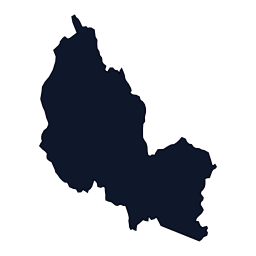 Bentong, Pahang, Malaysia (Equal Earth projection)
{"feature_id": "92858781B95587260702445", "entity_name": "Bentong", "entity_type": "district", "adm_level": 2, "iso_a3": "MYS", "parent_name": "Malaysia", "parent_adm1": "Pahang", "projection": "equal_earth", "projection_center": [102.033, 3.418], "detail": "fine", "context": "isolated", "style": "filled", "palette": "ink", "viewbox_px": 256, "rotation_deg": 0, "n_neighbors": 0, "source": "geoboundaries", "source_scale": "gbopen_adm2", "svg_char_len": 2957}
<svg xmlns="http://www.w3.org/2000/svg" viewBox="0 0 256 256"><path d="M39.9,145.9L43.3,149.3L44.4,150.0L46.0,151.4L47.7,153.6L47.2,156.2L47.4,158.3L48.4,159.5L50.0,160.6L52.1,161.8L52.8,163.7L54.0,166.3L55.4,169.4L56.0,172.0L58.2,174.6L60.2,177.6L63.0,180.5L65.1,181.9L67.4,181.9L68.6,184.0L69.1,185.2L69.8,186.6L73.7,188.3L75.1,188.3L76.7,189.0L78.2,191.8L80.9,191.6L82.8,189.2L85.1,190.4L87.4,192.0L87.9,190.1L90.2,188.3L91.6,186.1L92.5,183.3L93.5,179.8L95.4,180.2L97.5,182.8L98.1,186.4L100.9,187.1L103.3,185.9L105.4,187.3L105.6,191.3L106.1,194.6L106.0,197.5L106.1,199.8L108.9,201.0L111.4,201.5L113.3,202.9L115.6,204.8L117.5,205.2L119.5,204.3L121.0,204.1L123.3,205.2L125.8,205.2L127.7,210.7L128.8,214.2L129.6,218.0L129.1,220.8L129.6,224.1L129.8,227.0L130.9,229.1L133.2,228.1L134.2,229.5L135.8,230.0L136.0,227.4L136.5,224.6L138.4,223.4L141.0,221.1L143.0,219.2L145.6,220.3L147.7,220.6L147.9,218.7L147.9,216.6L149.8,217.0L151.4,219.2L154.0,218.5L156.0,216.8L157.4,218.0L159.3,221.5L161.2,225.3L199.3,240.6L201.4,239.0L203.2,236.6L206.5,235.2L207.2,232.9L205.8,230.3L207.2,228.1L206.5,226.7L202.1,227.9L199.8,225.8L198.9,223.6L198.2,221.8L195.3,221.8L195.6,219.4L196.5,217.5L198.1,215.9L201.2,213.0L203.0,210.0L202.1,208.1L200.0,204.8L200.5,201.9L202.5,199.8L203.0,197.7L201.7,196.0L200.2,193.9L200.7,191.3L202.6,189.4L204.2,186.8L204.7,184.0L204.7,180.7L204.6,178.6L206.8,177.6L209.3,177.4L210.3,174.6L211.6,171.0L213.0,169.1L214.9,168.2L216.1,166.8L214.9,164.7L213.3,166.1L211.9,165.6L211.2,163.2L210.3,159.9L209.6,157.8L208.1,152.9L204.0,150.7L201.7,150.3L199.1,148.9L195.4,148.6L193.0,147.2L191.4,144.8L188.9,144.4L186.7,142.5L185.1,139.2L181.9,137.8L179.1,141.1L176.7,143.2L174.2,144.8L171.4,145.1L168.6,146.5L166.0,148.1L163.7,149.6L161.2,149.8L158.2,149.8L156.1,152.9L155.1,155.5L152.1,155.2L150.3,156.6L147.7,155.5L147.0,151.9L146.7,146.7L145.8,143.4L144.0,140.8L142.4,137.8L142.3,134.0L142.3,128.6L142.6,123.8L144.4,121.3L144.2,117.0L145.3,112.1L145.3,108.5L144.2,104.5L142.4,101.9L140.0,100.3L139.1,97.0L136.1,95.5L133.9,95.3L131.9,94.8L129.6,92.7L130.9,90.6L130.3,88.2L128.1,84.2L126.0,81.4L124.7,79.0L124.0,75.0L122.5,71.0L121.6,68.9L120.5,70.5L119.6,73.4L117.0,70.8L116.8,71.0L114.6,70.5L112.6,68.2L110.3,68.2L108.9,70.3L107.9,72.2L105.8,71.5L104.4,69.8L105.6,66.1L103.2,64.2L101.8,62.1L101.4,58.0L99.3,55.2L98.8,51.9L96.8,48.4L96.5,43.4L96.7,40.1L94.9,37.1L94.4,33.3L94.0,30.0L91.2,28.3L89.3,28.1L87.7,28.8L86.0,26.9L83.7,27.4L81.8,27.1L79.5,22.0L77.9,19.4L75.6,17.5L74.6,15.4L72.1,16.8L73.2,22.4L77.5,33.0L70.2,38.5L67.9,39.4L66.0,38.2L64.9,37.1L63.3,38.2L61.8,40.1L60.5,41.8L60.4,43.4L58.8,45.8L56.8,47.7L54.0,50.2L56.4,56.4L56.0,61.6L53.4,70.2L49.6,77.1L45.3,82.3L42.7,86.9L42.3,91.5L41.0,99.0L43.2,106.5L45.3,111.1L47.0,118.0L48.7,122.0L49.1,124.3L47.4,128.4L44.4,130.7L42.3,134.7L42.0,136.3L41.9,138.4L42.4,140.4L42.5,141.9L41.6,142.9L41.0,143.7L40.4,145.1L40.0,145.8L39.9,145.9Z" fill="#0f172a" stroke="#020617" stroke-width="1.5"/></svg>